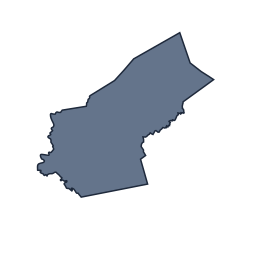 the district of Trinidad de Copan, Copán, Honduras, rotated 324°
{"feature_id": "27666195B52553444667575", "entity_name": "Trinidad de Copan", "entity_type": "district", "adm_level": 2, "iso_a3": "HND", "parent_name": "Honduras", "parent_adm1": "Copán", "projection": "equal_earth", "projection_center": [-88.827, 14.944], "detail": "fine", "context": "isolated", "style": "filled", "palette": "slate", "viewbox_px": 256, "rotation_deg": 324, "n_neighbors": 0, "source": "geoboundaries", "source_scale": "gbopen_adm2", "svg_char_len": 5267}
<svg xmlns="http://www.w3.org/2000/svg" viewBox="0 0 256 256"><g transform="rotate(324 128 128)"><path d="M49.5,156.4L110.9,184.9L119.8,160.6L126.1,160.6L126.4,157.8L126.4,156.5L127.6,154.9L127.7,152.8L127.7,150.8L129.4,149.0L131.2,148.3L132.4,148.5L133.9,146.4L134.9,144.0L136.8,145.6L138.1,145.8L140.6,145.4L141.5,145.6L143.1,145.0L143.7,146.7L144.4,147.9L148.2,146.2L149.1,146.5L149.8,149.0L150.8,149.6L153.0,148.6L154.6,148.6L156.5,148.1L157.7,149.6L158.6,149.9L159.1,150.2L159.3,149.6L160.0,149.3L160.1,149.2L160.5,149.0L160.6,149.6L160.6,150.1L160.7,150.5L160.8,150.6L161.1,150.6L161.3,150.3L161.6,150.0L161.9,149.9L162.6,150.2L163.0,150.5L163.1,150.4L163.1,149.8L163.4,149.7L163.8,149.7L164.1,149.6L164.1,149.3L164.2,149.1L164.4,148.8L165.3,148.6L165.5,148.4L165.2,147.8L165.0,147.3L165.1,146.7L165.7,146.7L166.6,146.9L167.0,147.1L167.4,147.7L167.8,148.1L168.2,148.3L168.4,148.1L168.4,147.7L168.7,147.5L169.2,148.0L169.6,148.7L169.7,149.0L170.3,149.2L171.0,149.1L171.9,148.6L173.3,147.8L174.0,147.3L174.6,147.0L175.2,146.8L176.5,146.8L177.0,145.8L177.3,145.2L178.2,146.2L178.5,146.9L178.7,147.4L178.8,147.3L179.0,147.6L179.3,147.6L179.9,146.7L180.2,146.9L180.3,147.4L180.4,147.7L181.0,147.6L181.6,148.0L181.7,148.3L181.8,148.8L182.0,148.8L182.5,148.4L182.7,147.6L183.6,146.2L183.8,145.4L183.7,145.0L183.5,144.1L183.7,143.7L184.2,143.3L184.5,142.6L184.9,142.0L185.9,141.3L186.3,140.6L186.8,140.5L188.0,139.2L225.7,139.2L223.7,133.7L222.8,131.5L220.4,125.4L216.5,111.9L225.9,81.3L173.3,75.4L158.6,78.9L145.0,81.7L117.0,79.6L116.5,79.6L116.0,79.6L115.7,79.7L115.5,79.8L115.3,80.0L115.2,80.4L115.0,80.7L114.8,80.9L114.5,81.1L114.1,81.3L113.8,81.4L113.5,81.4L113.1,81.3L112.8,81.4L112.5,81.5L112.0,82.0L111.3,82.6L110.8,83.1L110.6,83.3L110.3,83.4L110.0,83.3L109.8,83.3L109.5,83.4L109.2,83.5L108.6,84.3L108.1,84.9L107.6,85.4L107.0,85.9L85.3,74.9L83.0,75.6L82.6,75.7L82.4,75.6L81.9,75.3L81.1,74.6L80.7,74.2L80.2,73.5L80.1,73.4L79.9,73.3L79.7,73.2L79.2,73.2L78.6,73.3L78.4,73.3L78.1,73.5L77.5,73.9L77.3,73.9L77.1,73.9L76.8,73.7L76.1,73.1L75.3,72.3L74.4,71.2L74.2,71.2L73.9,71.1L73.5,71.3L73.2,71.5L72.8,72.1L72.2,73.1L71.8,74.1L71.5,74.8L71.0,76.9L70.8,78.0L70.5,79.9L70.3,80.7L70.2,81.2L70.0,81.6L69.7,82.1L69.5,82.4L69.2,82.6L69.0,82.8L68.5,83.0L68.1,83.1L67.7,83.2L67.3,83.2L67.1,83.1L66.7,83.0L66.4,83.0L66.2,83.0L65.9,83.2L65.6,83.4L65.5,83.6L65.5,83.8L65.4,84.2L65.4,84.6L65.4,85.2L65.4,85.7L65.4,85.8L64.9,85.9L62.6,86.1L62.2,86.1L61.8,86.4L61.8,86.6L61.8,86.9L61.8,87.3L61.8,87.6L61.7,87.8L61.3,88.0L60.7,87.9L60.1,87.8L59.2,87.6L58.7,87.7L58.4,87.8L58.2,87.9L58.0,88.1L58.0,88.3L57.9,88.6L57.9,88.8L58.0,89.2L58.2,89.8L58.4,90.3L58.5,90.6L58.8,91.0L58.9,91.3L58.9,91.5L58.7,92.1L58.3,92.9L57.9,93.5L57.4,94.0L57.3,94.5L57.3,95.1L57.3,95.7L57.1,98.2L57.1,98.4L57.0,98.6L56.9,98.6L56.6,98.6L56.3,98.6L56.2,98.8L56.1,99.0L56.0,99.3L55.9,100.1L55.8,100.4L55.7,100.9L55.4,101.5L52.6,102.3L51.5,102.5L51.1,102.4L50.8,102.2L50.6,102.0L50.4,101.6L50.1,101.3L49.8,101.2L49.5,101.2L49.2,101.4L49.0,101.6L48.9,101.9L48.9,102.3L48.9,102.5L48.7,102.9L48.5,103.2L48.2,103.4L47.9,103.4L47.7,103.3L47.5,103.2L46.8,102.6L44.4,100.2L43.0,98.9L42.6,98.6L42.2,98.3L41.9,98.3L41.6,98.3L41.4,98.4L41.1,98.6L40.9,98.9L40.7,99.2L40.5,99.7L40.3,100.3L40.2,101.0L40.0,101.7L40.0,102.2L40.1,102.6L40.3,102.9L40.6,103.3L40.8,103.6L40.9,104.0L41.0,104.6L41.1,105.0L41.1,105.3L41.0,105.5L40.8,105.7L40.5,105.9L40.1,106.1L39.7,106.1L39.2,106.1L38.5,105.9L38.0,105.7L36.9,105.2L36.3,105.0L35.6,104.8L35.0,104.6L34.6,104.6L34.2,104.6L33.8,104.7L33.5,104.8L33.2,105.0L32.9,105.2L32.6,105.5L31.9,106.3L31.3,107.2L30.7,108.1L30.1,108.9L30.1,109.1L30.3,109.3L30.9,109.7L31.3,110.0L32.3,110.8L32.5,111.0L32.4,111.4L32.2,111.6L32.0,111.9L31.8,111.9L31.4,111.8L31.2,111.9L31.1,112.1L31.0,112.3L31.0,112.5L31.1,113.0L31.3,113.4L31.6,114.0L32.1,114.8L32.3,115.2L32.4,115.6L32.5,115.8L32.4,116.1L32.3,116.4L32.3,116.6L32.3,116.8L32.4,117.1L32.6,117.3L32.9,117.4L33.2,117.4L33.7,117.3L34.0,117.4L34.2,117.6L34.2,118.2L34.2,118.8L34.2,119.0L34.3,119.2L34.5,119.2L34.8,118.8L35.0,118.6L36.0,118.5L36.7,118.6L37.4,118.8L38.1,119.2L38.8,119.6L39.5,120.2L39.9,120.4L40.3,120.5L40.8,120.6L41.3,120.7L42.1,120.7L42.6,120.8L43.0,120.9L43.4,121.1L43.6,121.3L43.8,121.5L43.9,122.0L44.0,122.6L44.0,123.1L44.5,124.9L44.6,125.5L44.7,126.4L44.7,127.4L44.8,128.0L45.1,128.8L45.2,129.2L45.2,129.4L45.2,129.5L44.7,129.8L43.7,130.1L43.2,130.1L42.8,130.3L42.7,130.5L42.7,130.9L42.8,131.2L43.0,131.3L43.5,131.2L43.8,131.2L44.0,131.3L44.3,131.5L44.6,131.9L45.1,133.1L45.4,133.6L45.5,133.8L46.3,134.0L46.9,134.3L47.2,134.4L47.3,134.6L47.4,134.8L47.3,135.1L47.1,135.3L46.8,135.5L46.6,135.6L46.2,135.6L45.4,135.3L45.1,135.2L44.9,135.2L44.4,135.3L43.8,135.4L43.7,135.5L43.4,135.9L43.3,136.1L43.3,136.5L43.4,137.1L43.3,137.7L43.1,139.1L43.0,140.0L42.9,140.5L43.6,141.4L44.2,141.9L44.6,142.1L44.8,142.8L45.4,145.2L45.5,145.6L45.6,145.9L45.8,145.9L46.1,145.7L46.4,145.4L46.6,145.2L46.7,144.9L46.7,144.7L46.7,144.4L46.6,144.1L46.6,143.9L46.6,143.7L46.8,143.6L47.0,143.6L47.4,143.9L47.7,144.3L48.0,145.0L48.2,145.4L48.2,145.7L48.3,147.3L48.2,148.1L48.1,149.3L48.1,150.1L48.2,150.5L48.4,150.8L48.8,151.1L49.3,151.4L49.3,152.5L49.3,153.5L49.4,154.3L49.5,155.6L49.5,156.4Z" fill="#64748b" stroke="#1e293b" stroke-width="1.5"/></g></svg>